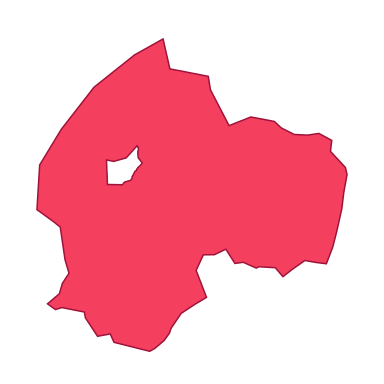 Taragt, Övörhangay, Mongolia (Robinson projection), rotated 265°
{"feature_id": "93677404B58682850586725", "entity_name": "Taragt", "entity_type": "district", "adm_level": 2, "iso_a3": "MNG", "parent_name": "Mongolia", "parent_adm1": "Övörhangay", "projection": "robinson", "projection_center": [102.735, 46.092], "detail": "fine", "context": "isolated", "style": "filled", "palette": "rose", "viewbox_px": 384, "rotation_deg": 265, "n_neighbors": 0, "source": "geoboundaries", "source_scale": "gbopen_adm2", "svg_char_len": 2083}
<svg xmlns="http://www.w3.org/2000/svg" viewBox="0 0 384 384"><g transform="rotate(265 192 192)"><path d="M347.0,176.5L333.7,146.9L305.0,103.6L265.9,67.3L232.2,42.6L187.9,36.0L174.8,51.1L168.5,57.7L135.6,59.6L121.8,62.4L112.3,54.9L102.2,51.0L93.2,38.3L86.8,45.7L88.2,52.3L81.8,74.3L76.0,74.8L56.5,85.3L57.7,98.2L49.0,101.2L37.0,136.0L39.4,141.3L46.4,151.2L53.3,157.2L58.1,159.3L72.0,170.6L79.9,185.2L85.8,197.3L113.5,189.3L128.4,197.8L127.6,208.9L132.1,220.7L117.1,228.5L117.5,236.9L110.6,249.4L111.7,252.1L109.3,268.4L99.7,275.2L106.3,285.3L113.9,298.5L111.0,309.4L108.8,319.6L124.8,327.4L140.8,333.0L162.3,339.8L178.0,343.1L195.9,348.0L203.0,347.0L220.4,333.5L231.2,335.7L239.3,323.5L238.6,312.2L240.4,298.9L248.0,286.6L255.1,280.2L261.6,257.2L254.9,234.7L292.2,219.3L305.8,218.3L316.6,180.7L347.0,176.5ZM231.7,129.4L242.9,141.4L242.8,141.5L242.6,141.5L242.2,141.5L241.9,141.6L241.8,141.8L241.6,142.1L241.3,142.3L240.9,142.1L240.4,142.1L240.0,142.4L239.5,142.5L238.6,142.4L238.2,142.0L237.9,141.8L237.6,141.7L237.4,141.7L236.7,141.6L236.4,141.5L235.7,141.5L235.3,141.6L234.8,141.4L234.4,141.3L233.4,141.4L232.2,141.3L231.5,141.3L230.8,141.5L230.4,141.7L230.1,141.8L229.8,142.2L229.6,142.3L229.3,142.4L229.0,142.5L228.9,142.5L228.6,142.9L228.1,143.1L227.7,143.3L227.1,143.6L226.5,144.1L225.5,144.9L225.4,145.0L224.2,144.0L222.1,141.7L221.8,141.1L221.2,140.5L220.7,139.9L220.2,139.6L219.8,139.2L219.1,138.8L218.5,138.5L218.3,138.3L218.1,138.1L218.0,137.8L217.8,137.4L217.6,137.1L217.4,136.8L217.0,136.6L216.7,136.5L216.5,136.4L216.2,136.2L215.5,135.6L215.1,135.4L214.9,135.3L214.3,135.1L213.4,134.3L212.6,133.7L212.2,133.6L211.7,133.5L210.9,133.5L210.7,133.4L210.0,132.8L209.4,132.2L209.0,131.6L208.9,131.3L208.8,131.1L208.7,130.9L208.5,129.5L208.5,129.2L208.4,129.1L208.3,128.4L208.1,127.2L207.8,125.9L207.2,125.0L206.4,124.3L205.3,123.4L206.1,115.6L206.1,115.4L206.9,108.4L217.6,109.0L218.4,109.0L218.6,109.0L221.5,109.1L225.0,109.3L225.4,109.3L229.5,109.5L231.4,109.6L230.2,113.7L230.1,114.0L229.3,116.6L231.7,129.4Z" fill="#f43f5e" stroke="#9f1239" stroke-width="1.5"/></g></svg>